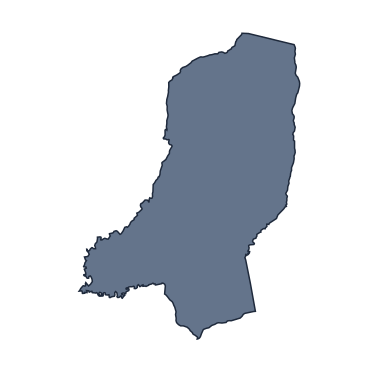 Guacimo, Limón, Costa Rica (orthographic projection), rotated 168°
{"feature_id": "36466004B32500402146996", "entity_name": "Guacimo", "entity_type": "district", "adm_level": 2, "iso_a3": "CRI", "parent_name": "Costa Rica", "parent_adm1": "Limón", "projection": "orthographic", "projection_center": [-83.609, 10.204], "detail": "fine", "context": "isolated", "style": "filled", "palette": "slate", "viewbox_px": 384, "rotation_deg": 168, "n_neighbors": 0, "source": "geoboundaries", "source_scale": "gbopen_adm2", "svg_char_len": 6058}
<svg xmlns="http://www.w3.org/2000/svg" viewBox="0 0 384 384"><g transform="rotate(168 192 192)"><path d="M111.1,335.4L116.4,331.9L117.0,330.8L118.0,329.8L119.7,326.1L122.9,325.1L123.8,323.8L124.9,323.6L125.7,323.1L127.6,322.6L128.3,321.5L129.0,321.1L131.0,320.8L132.1,321.9L133.7,322.8L136.6,323.0L138.1,321.8L141.0,322.4L144.1,322.2L146.4,322.4L147.6,322.1L151.9,321.7L153.3,321.7L155.2,322.3L155.9,322.3L158.6,321.7L164.6,320.0L166.2,318.6L170.0,316.8L171.9,316.1L175.3,315.7L177.3,314.6L178.2,313.3L178.2,312.2L179.1,311.0L182.7,309.6L186.3,308.7L186.9,308.3L187.2,307.5L187.0,307.4L188.3,305.8L190.4,305.1L192.0,304.0L192.8,299.8L194.1,295.9L194.2,294.7L195.9,290.6L197.4,287.7L198.6,283.8L198.4,281.0L199.3,277.4L199.4,272.3L200.0,270.5L201.8,267.1L202.3,264.5L203.5,261.0L203.5,258.1L203.7,257.7L204.2,258.5L204.8,258.7L205.5,258.1L206.5,253.2L207.7,251.5L208.5,251.2L208.9,250.7L208.6,249.8L206.7,249.3L205.5,248.2L204.0,248.2L203.6,248.0L203.7,247.3L204.5,245.6L204.6,244.6L204.1,243.2L202.3,242.2L202.0,241.5L202.1,240.7L205.1,237.4L205.6,236.4L206.1,234.4L208.2,232.4L210.8,229.2L215.2,227.1L215.5,226.1L215.5,224.4L218.7,219.1L219.7,215.8L221.0,213.7L221.6,213.8L222.1,213.5L222.8,212.1L224.8,210.9L226.8,208.6L228.4,207.4L230.2,200.2L231.0,198.8L231.5,195.8L232.1,194.8L232.4,194.3L233.5,194.3L234.5,195.1L235.4,193.8L236.1,191.3L236.5,191.4L236.7,192.5L237.5,193.4L239.6,193.9L242.8,191.6L244.2,191.3L244.8,190.8L245.3,189.3L245.1,187.9L244.4,186.6L244.4,185.9L244.7,185.4L248.4,183.2L250.4,182.8L250.2,180.5L254.1,178.3L254.2,177.4L254.6,176.9L257.2,175.9L258.4,175.0L259.6,173.2L261.1,171.8L262.5,170.9L263.3,171.6L265.1,171.4L267.5,168.2L269.8,166.0L271.2,165.5L273.2,169.1L274.3,169.9L276.5,169.7L277.2,168.8L278.1,168.4L281.4,168.4L281.5,167.5L281.1,166.0L283.7,163.4L285.0,163.7L286.9,164.9L288.6,164.5L289.8,163.9L291.1,164.0L291.2,164.5L290.4,165.9L290.5,166.8L291.3,167.2L293.9,167.5L294.2,165.9L295.3,163.1L295.9,162.4L297.2,161.7L298.3,159.9L298.0,158.1L298.1,156.6L299.8,156.9L300.5,157.5L301.0,158.2L301.5,158.4L303.2,157.5L304.4,156.1L305.9,155.7L306.4,156.6L306.4,157.6L306.9,157.9L307.1,156.5L305.9,154.4L305.5,152.4L307.4,150.6L310.7,150.8L310.3,147.7L309.5,146.9L311.4,145.0L312.4,142.9L313.5,141.7L313.3,141.2L311.3,140.7L311.2,139.5L313.4,138.9L312.8,135.5L312.9,133.8L313.3,133.0L313.9,132.6L314.5,133.7L315.0,133.6L315.2,133.2L314.7,132.3L313.4,131.7L312.6,129.6L312.0,129.3L311.0,129.2L310.4,130.9L308.8,131.0L308.2,129.3L307.9,127.3L308.1,125.1L310.4,122.9L312.7,121.6L314.7,125.5L315.3,124.6L315.5,122.5L315.8,122.3L316.7,122.3L317.3,122.8L318.2,122.8L321.1,120.6L321.3,120.1L323.0,118.5L320.4,118.2L320.1,116.7L320.3,115.7L320.1,115.5L318.0,115.3L318.0,116.1L317.7,116.2L315.6,115.4L315.3,116.5L315.6,117.5L313.5,116.8L313.5,115.6L313.3,115.4L311.4,115.8L310.5,115.6L310.6,114.4L310.4,114.2L308.5,113.7L307.4,113.2L306.2,113.4L305.8,112.9L305.0,110.1L304.0,109.3L302.1,109.0L304.0,111.0L304.2,112.2L303.4,113.0L303.0,113.1L301.7,112.0L301.5,111.2L301.8,109.8L301.4,109.4L300.4,109.3L299.9,111.4L299.0,111.8L298.4,111.7L297.8,111.1L298.2,109.8L298.0,109.5L296.1,108.8L294.6,108.8L294.8,106.5L294.7,106.0L294.2,105.8L293.5,105.8L292.8,106.2L289.5,106.2L288.8,107.4L288.5,109.6L287.5,110.5L286.7,109.5L286.4,108.7L286.6,105.8L287.1,105.4L286.9,104.5L286.5,104.2L285.2,104.1L283.4,105.1L282.9,105.0L282.8,103.1L282.2,102.6L281.2,103.6L279.4,104.9L281.9,106.5L281.9,107.2L281.3,107.5L279.5,107.4L278.9,106.3L278.0,106.3L277.5,107.6L276.9,108.2L274.4,108.7L273.9,109.5L273.9,110.4L274.1,110.6L276.0,110.5L276.5,110.6L276.7,111.0L276.4,111.6L275.8,111.8L274.4,111.8L273.5,112.2L272.0,112.2L270.5,111.8L268.5,111.9L268.2,111.6L268.2,111.0L268.5,109.6L267.3,109.2L266.4,109.4L265.4,110.0L265.1,111.5L263.8,112.5L263.2,111.7L262.9,110.4L261.9,110.3L260.5,111.2L259.2,111.4L259.2,111.1L259.9,110.5L259.7,110.0L257.3,109.7L256.6,109.2L253.8,109.8L253.5,110.3L250.8,110.4L249.3,110.9L248.7,110.6L248.4,109.9L247.3,109.9L247.2,108.7L246.8,108.6L240.7,108.6L240.3,109.1L239.2,108.8L237.9,107.5L237.6,105.7L240.0,97.9L239.0,96.9L237.7,94.6L236.1,91.1L234.2,88.9L233.5,86.6L233.5,85.6L232.8,82.9L232.5,78.1L233.6,75.5L233.7,71.9L234.4,69.5L234.2,67.4L232.8,65.1L230.9,63.4L228.4,62.9L224.9,60.8L224.2,59.9L223.1,58.4L222.6,56.8L220.8,54.3L220.8,53.6L220.3,52.5L219.1,51.6L217.0,49.2L216.8,48.6L217.5,47.1L216.7,47.1L215.1,47.6L213.9,48.7L212.1,51.6L209.7,54.9L208.9,55.3L206.3,55.7L203.7,55.7L200.3,57.4L197.2,57.8L194.8,58.6L193.2,58.6L189.9,57.6L185.8,57.3L184.5,58.3L183.8,58.5L182.3,58.4L180.3,57.9L171.0,58.7L168.8,60.1L167.2,61.7L165.5,62.3L156.5,62.3L154.8,62.1L153.9,90.5L153.6,114.3L153.9,116.9L152.8,118.1L152.6,119.3L152.2,119.7L151.8,118.8L150.7,118.9L150.0,119.3L150.1,120.3L149.8,120.6L149.4,120.6L149.2,119.9L148.6,120.4L148.0,121.8L149.6,122.6L148.1,124.4L147.7,126.0L147.9,126.4L147.7,127.8L146.6,128.3L142.4,127.8L142.1,128.0L141.7,128.8L142.9,130.6L143.0,131.4L141.7,133.2L139.1,133.5L138.7,134.3L137.7,135.4L137.4,137.1L133.6,138.5L133.0,138.4L132.6,140.1L130.8,140.9L129.6,141.3L128.1,140.8L127.6,141.7L125.9,142.7L125.6,145.0L125.2,145.0L123.6,144.3L123.1,145.1L122.6,145.5L114.9,148.5L112.8,151.7L105.8,156.4L104.1,158.0L102.7,158.3L103.1,159.6L102.1,160.0L101.8,160.5L101.8,162.4L101.0,163.9L100.5,166.3L99.7,167.7L99.7,168.4L100.3,169.4L100.6,171.1L98.2,173.9L97.1,177.5L95.3,180.3L95.1,182.7L93.6,185.2L93.2,186.2L92.6,186.8L91.7,189.7L90.9,191.4L90.2,192.2L89.6,195.1L86.7,199.5L85.2,203.2L84.7,206.1L84.2,206.7L82.9,209.0L82.5,211.6L82.6,213.4L81.1,220.5L81.8,221.3L81.9,221.8L81.0,225.3L81.0,226.5L81.5,227.3L80.6,229.1L79.1,230.3L77.6,234.0L78.0,236.6L77.7,238.5L78.0,239.4L78.0,240.9L76.8,243.0L76.4,244.4L76.6,245.9L77.5,247.6L77.4,250.9L76.1,253.4L73.0,257.2L71.0,262.5L69.3,265.8L67.9,267.0L64.8,273.3L64.1,275.8L64.0,277.9L64.7,282.3L65.9,284.3L66.3,286.7L64.2,292.0L64.0,293.1L64.0,294.6L64.5,296.6L64.5,297.7L64.3,298.0L64.0,301.9L62.2,305.3L62.1,308.1L61.0,311.0L61.0,312.2L61.5,314.9L103.9,335.3L110.1,336.9L110.3,336.3L111.1,335.4Z" fill="#64748b" stroke="#1e293b" stroke-width="1.5"/></g></svg>